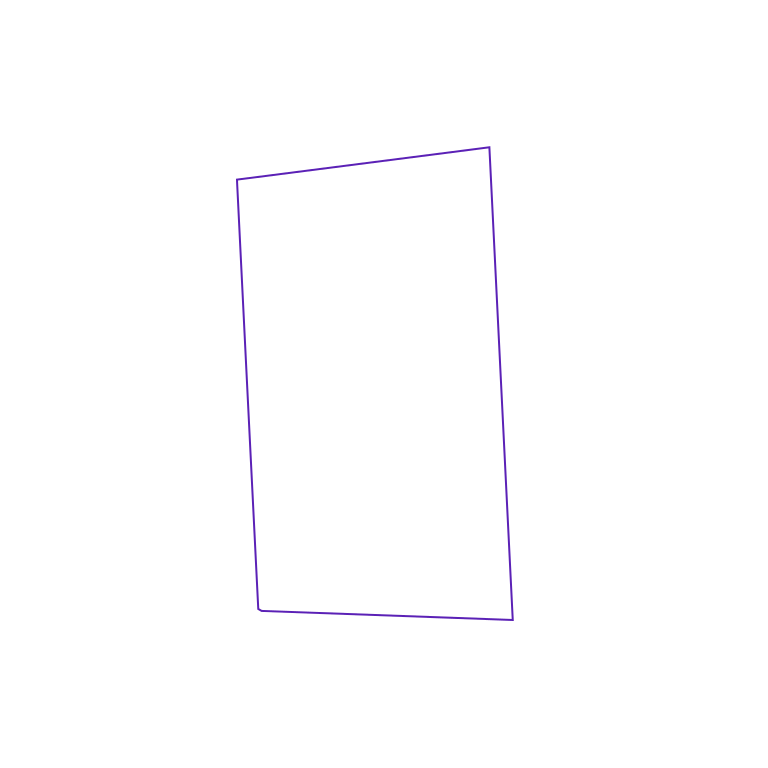 57, Ar Rayyān, Qatar (Natural Earth projection), rotated 30°
{"feature_id": "91078587B47648989692762", "entity_name": "57", "entity_type": "district", "adm_level": 2, "iso_a3": "QAT", "parent_name": "Qatar", "parent_adm1": "Ar Rayyān", "projection": "natural_earth1", "projection_center": [51.432, 25.189], "detail": "fine", "context": "isolated", "style": "outline", "palette": "violet", "viewbox_px": 768, "rotation_deg": 30, "n_neighbors": 0, "source": "geoboundaries", "source_scale": "gbopen_adm2", "svg_char_len": 273}
<svg xmlns="http://www.w3.org/2000/svg" viewBox="0 0 768 768"><g transform="rotate(30 384 384)"><path d="M613.5,524.0L356.9,126.3L347.2,133.7L154.5,280.5L156.9,284.3L251.1,430.3L387.6,641.7L391.5,641.7L613.5,524.0Z" fill="none" stroke="#5b21b6" stroke-width="2"/></g></svg>